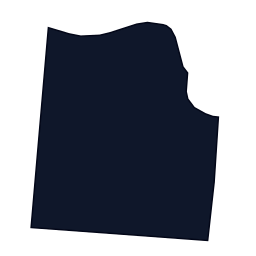 Benzie, Michigan, United States of America (orthographic projection), rotated 94°
{"feature_id": "52423323B60700785062974", "entity_name": "Benzie", "entity_type": "district", "adm_level": 2, "iso_a3": "USA", "parent_name": "United States of America", "parent_adm1": "Michigan", "projection": "orthographic", "projection_center": [-86.137, 44.646], "detail": "fine", "context": "isolated", "style": "filled", "palette": "ink", "viewbox_px": 256, "rotation_deg": 94, "n_neighbors": 0, "source": "geoboundaries", "source_scale": "gbopen_adm2", "svg_char_len": 417}
<svg xmlns="http://www.w3.org/2000/svg" viewBox="0 0 256 256"><g transform="rotate(94 128 128)"><path d="M110.8,38.6L110.6,44.2L108.4,52.0L103.0,63.4L94.9,70.4L87.7,72.5L68.9,72.4L63.1,77.5L34.2,87.3L26.5,92.1L23.3,96.9L22.5,100.4L21.4,116.0L23.8,126.5L34.4,152.9L37.5,162.7L39.7,181.6L38.2,193.5L33.5,214.4L234.0,217.7L234.6,40.7L176.1,38.3L110.8,38.6Z" fill="#0f172a" stroke="#020617" stroke-width="1.5"/></g></svg>